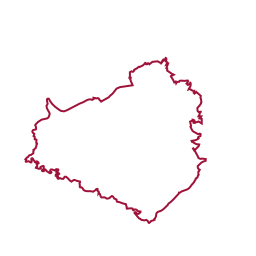 Tubas, West Bank, Palestine (Mercator projection), rotated 119°
{"feature_id": "87354302B78640432651808", "entity_name": "Tubas", "entity_type": "district", "adm_level": 2, "iso_a3": "PSE", "parent_name": "Palestine", "parent_adm1": "West Bank", "projection": "mercator", "projection_center": [35.475, 32.295], "detail": "fine", "context": "isolated", "style": "outline", "palette": "rose", "viewbox_px": 256, "rotation_deg": 119, "n_neighbors": 0, "source": "geoboundaries", "source_scale": "gbopen_adm2", "svg_char_len": 5830}
<svg xmlns="http://www.w3.org/2000/svg" viewBox="0 0 256 256"><g transform="rotate(119 128 128)"><path d="M204.9,202.5L204.8,202.0L205.0,201.6L206.6,201.4L206.9,201.2L207.0,200.8L205.2,198.8L205.3,196.4L204.9,195.9L204.0,196.0L202.1,197.5L201.4,197.6L200.9,197.2L201.0,196.2L201.8,195.1L202.2,194.0L203.0,192.8L202.9,192.5L201.5,191.8L201.3,190.9L201.7,189.5L202.2,189.1L202.6,189.3L202.8,190.5L203.4,190.8L203.7,190.7L204.4,189.6L205.4,188.9L206.1,188.9L206.7,189.4L207.5,189.3L207.5,188.9L207.1,188.3L207.0,186.5L206.0,184.8L205.6,184.7L204.9,185.6L204.4,185.6L202.4,184.0L202.2,183.6L202.5,183.0L204.2,182.1L204.8,182.0L206.5,182.7L207.1,182.5L207.2,181.9L206.6,180.7L204.9,181.1L204.6,181.0L204.4,180.5L204.4,179.8L205.1,178.6L205.4,174.7L205.2,174.0L204.5,173.5L203.8,173.5L203.6,173.8L203.7,174.7L203.5,175.2L202.7,175.5L201.8,175.4L201.1,174.4L200.6,171.5L198.8,170.8L198.1,169.0L198.5,168.5L199.4,168.5L199.9,168.6L200.4,169.5L201.0,169.5L201.6,169.1L201.6,168.7L201.2,168.2L201.1,167.3L201.2,166.1L201.4,165.9L202.1,166.2L202.5,166.6L202.6,167.5L203.0,168.1L203.6,168.5L204.1,168.5L204.9,168.0L204.9,167.6L204.5,167.4L203.6,167.3L203.4,166.7L204.6,165.5L205.1,166.0L205.7,165.9L206.3,164.7L206.1,164.1L205.2,163.7L204.8,163.2L204.6,161.5L204.0,160.1L203.3,159.8L201.7,159.8L201.2,159.6L200.9,159.1L200.7,158.4L200.9,157.5L201.1,156.3L202.1,153.5L202.3,151.5L199.9,150.3L199.4,149.7L198.9,146.7L198.1,144.0L198.4,143.7L200.1,143.5L201.4,142.3L202.4,142.0L202.9,141.6L203.1,141.0L202.9,140.6L202.5,140.2L202.5,139.2L202.7,138.5L203.5,137.4L203.8,136.0L203.7,135.0L203.5,134.1L202.5,132.0L201.8,130.9L201.0,129.0L200.7,127.7L198.3,126.4L196.8,126.1L196.1,125.3L196.2,124.9L197.2,124.6L197.7,124.2L197.8,123.2L198.4,122.6L199.5,122.1L198.8,122.0L199.5,121.4L199.4,120.5L201.2,118.6L201.6,117.5L200.1,115.1L199.9,114.1L200.1,112.7L199.5,111.4L198.4,110.4L195.7,109.3L195.3,109.1L195.2,108.7L195.3,107.6L196.4,105.9L196.1,103.4L197.6,102.3L197.7,101.7L197.0,99.5L196.6,96.8L196.0,94.0L195.6,93.1L198.0,90.6L198.9,90.2L199.1,89.8L197.4,87.5L196.3,85.3L196.3,84.8L197.1,84.1L197.4,83.6L197.0,83.1L196.0,82.7L195.5,81.8L195.4,80.6L195.9,78.9L195.0,76.6L195.3,76.3L196.1,76.6L197.1,76.6L198.2,77.5L198.7,78.6L197.9,80.1L198.0,80.7L198.5,81.3L199.1,81.2L201.7,74.6L201.5,73.2L201.8,72.2L201.8,71.5L201.2,70.0L201.0,69.1L199.5,67.4L199.7,65.7L200.9,63.9L200.8,63.5L200.0,63.3L199.5,62.9L198.1,62.7L196.1,60.7L195.8,60.7L195.5,60.4L195.1,60.9L194.1,60.5L191.7,60.7L189.1,61.7L188.1,61.7L186.6,61.0L184.3,58.9L181.4,57.5L175.9,55.9L174.7,56.0L171.8,54.7L168.2,53.6L160.9,51.8L159.9,52.1L159.7,51.5L157.1,50.1L153.5,46.8L151.9,45.8L150.4,45.2L146.0,44.6L144.9,44.2L143.8,44.2L143.3,43.9L142.3,44.1L140.1,43.9L139.4,44.3L137.6,43.3L136.0,43.7L134.8,43.5L134.5,43.6L134.2,44.2L131.9,45.3L131.2,45.0L129.8,45.0L129.8,45.8L129.2,47.4L127.7,48.5L127.3,48.5L122.6,47.0L121.3,46.2L119.0,44.2L118.7,44.5L117.5,44.9L118.7,48.1L119.9,49.7L120.1,51.8L119.0,53.1L116.0,57.8L115.7,59.0L114.4,61.2L114.1,61.0L114.7,59.3L114.4,58.7L109.6,57.4L107.9,57.7L109.0,60.5L109.0,63.8L108.3,65.1L108.9,65.4L108.4,66.1L106.0,63.1L104.2,61.8L103.0,61.2L102.6,62.0L101.6,62.1L100.1,60.8L98.2,61.4L98.1,62.4L99.4,63.7L99.4,69.2L98.9,70.8L96.6,74.0L95.7,73.8L92.3,76.8L90.3,75.3L89.4,75.6L89.1,74.5L89.5,74.1L89.4,73.6L90.4,73.5L90.9,74.0L91.7,73.2L91.2,72.1L90.4,72.5L89.8,71.2L89.6,70.6L88.1,69.5L88.3,65.7L84.2,68.0L84.2,68.6L84.8,69.5L85.0,70.2L84.3,70.2L84.4,69.8L82.3,69.6L83.6,72.0L81.8,72.0L79.8,72.4L79.0,72.2L78.6,72.3L78.9,72.8L79.8,73.6L79.6,75.0L78.7,75.9L76.9,77.0L76.4,77.0L74.0,76.3L73.6,76.4L72.5,76.1L70.9,76.1L70.4,76.4L69.8,76.3L67.0,78.5L66.5,79.3L64.6,79.9L63.3,85.9L64.6,86.0L65.7,86.5L65.4,87.6L63.5,88.2L63.9,88.7L64.1,90.6L63.9,93.0L64.8,93.7L63.9,93.8L61.4,93.6L59.4,94.3L58.2,95.2L58.2,95.4L60.3,95.9L61.3,96.4L61.2,96.9L60.8,97.0L60.8,98.3L58.0,98.0L57.5,98.8L59.3,101.3L61.2,105.2L62.0,105.7L62.8,105.7L63.2,106.5L64.4,107.4L64.8,107.6L65.5,107.6L64.3,108.8L65.7,109.6L64.2,111.6L62.0,115.6L61.7,115.6L59.2,113.8L59.2,114.9L59.4,115.4L58.8,121.6L57.0,122.5L57.1,123.4L52.8,124.1L54.1,125.2L51.6,125.3L51.5,126.5L51.2,127.8L49.9,127.4L48.5,128.3L48.5,129.0L50.3,128.8L50.8,130.1L51.8,129.9L52.0,130.5L53.3,130.5L53.3,130.0L55.5,130.4L55.3,131.0L55.3,134.4L58.3,138.7L61.9,140.2L61.4,141.4L62.0,142.2L62.9,142.5L62.9,142.8L63.1,142.9L63.2,142.7L63.5,143.2L63.3,144.2L62.7,144.3L62.7,144.5L64.5,144.8L66.1,145.4L68.7,147.2L69.1,147.6L69.1,148.0L69.5,148.1L69.8,148.5L71.9,149.3L73.1,150.3L73.7,150.3L74.3,150.8L75.0,150.5L76.1,150.7L76.6,151.2L76.7,152.3L78.3,153.4L81.8,151.4L83.1,151.2L82.5,150.4L82.7,149.9L84.4,149.7L84.6,149.2L86.1,147.7L87.3,146.0L88.4,144.7L96.2,154.9L99.1,157.1L104.7,158.0L106.8,158.6L108.3,159.3L110.2,159.6L117.9,164.3L117.4,165.1L117.5,165.8L116.9,167.2L116.5,167.6L116.4,168.4L116.5,168.9L116.7,169.0L117.4,170.0L117.8,170.9L117.7,171.3L118.0,171.7L118.6,171.9L118.2,172.5L118.3,172.9L119.4,172.4L120.1,172.5L120.9,173.2L120.9,174.1L121.7,175.7L123.3,177.3L127.3,179.8L130.1,182.1L142.2,190.1L144.5,192.1L145.6,195.3L145.2,199.1L144.7,202.3L143.8,205.7L142.6,208.5L140.8,211.6L141.4,212.6L142.3,212.7L143.5,212.0L145.8,210.0L148.2,210.0L149.6,208.9L150.8,207.4L152.7,204.2L153.7,203.3L156.4,202.7L157.5,202.8L158.6,203.2L161.2,206.0L162.4,207.5L166.5,209.7L169.9,210.6L170.6,210.5L171.2,209.5L173.0,208.1L173.9,207.9L175.8,210.0L177.2,210.1L178.0,209.4L178.3,208.8L178.5,207.8L178.4,207.3L178.8,207.0L180.8,206.7L180.9,205.4L183.1,204.1L183.1,203.8L182.6,203.2L182.6,202.4L183.2,202.0L185.3,201.2L185.5,201.0L185.6,200.1L185.9,199.8L186.6,200.0L187.9,199.6L188.7,199.2L189.4,199.3L190.3,199.0L192.1,199.7L192.7,199.6L193.2,200.0L193.6,199.5L194.8,199.3L195.7,198.6L196.5,198.7L198.0,199.6L198.6,199.8L199.7,201.1L201.8,201.4L202.8,202.1L204.9,202.5Z" fill="none" stroke="#9f1239" stroke-width="2"/></g></svg>